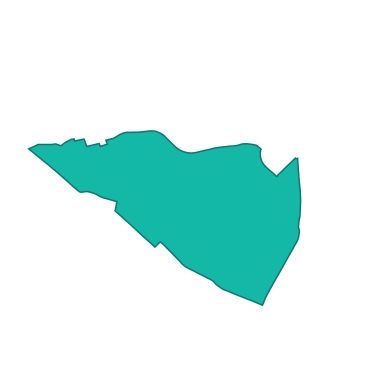 Madinat Nasr-2, Al Qahirah, Egypt (Natural Earth projection), rotated 143°
{"feature_id": "37247803B60267904610722", "entity_name": "Madinat Nasr-2", "entity_type": "district", "adm_level": 2, "iso_a3": "EGY", "parent_name": "Egypt", "parent_adm1": "Al Qahirah", "projection": "natural_earth1", "projection_center": [31.315, 30.048], "detail": "fine", "context": "isolated", "style": "filled", "palette": "teal", "viewbox_px": 384, "rotation_deg": 143, "n_neighbors": 0, "source": "geoboundaries", "source_scale": "gbopen_adm2", "svg_char_len": 5961}
<svg xmlns="http://www.w3.org/2000/svg" viewBox="0 0 384 384"><g transform="rotate(143 192 192)"><path d="M296.5,324.8L290.3,299.5L287.8,288.6L287.1,285.2L286.2,281.0L285.5,277.4L284.4,271.9L283.7,267.7L283.5,267.2L283.3,266.2L283.2,265.7L283.1,265.3L283.0,264.9L282.9,264.4L282.8,264.0L282.6,263.1L282.2,261.4L281.9,260.5L281.9,260.2L281.7,259.9L281.6,259.7L281.4,259.3L281.2,259.1L280.9,258.8L280.7,258.7L280.3,258.4L280.1,258.2L279.8,258.0L279.5,257.8L279.3,257.7L279.1,257.6L278.9,257.5L278.7,257.4L278.2,257.1L277.9,257.0L277.6,256.8L277.3,256.6L276.9,256.4L276.5,256.1L276.1,255.9L275.9,255.8L275.7,255.6L275.5,255.4L275.2,255.2L274.7,254.7L274.5,254.4L274.3,254.3L274.1,254.0L273.9,253.8L273.7,253.5L273.5,253.3L273.3,252.9L273.0,252.6L272.8,252.3L272.5,251.9L271.5,250.5L271.2,250.1L270.9,249.6L270.7,249.3L270.4,248.8L270.0,248.1L269.7,247.4L269.1,245.8L268.4,244.3L267.8,243.1L267.4,242.4L266.9,241.6L266.6,241.3L266.5,241.0L266.3,240.7L266.1,240.4L265.2,239.3L264.4,238.2L263.5,237.1L262.7,236.0L260.4,233.0L257.7,229.5L263.1,224.7L264.8,223.2L264.7,222.8L264.6,222.5L264.6,222.2L264.5,221.9L264.4,221.6L264.3,221.3L264.3,220.9L264.2,220.5L264.1,219.9L263.9,219.3L263.8,218.7L263.7,218.2L263.0,214.3L262.3,210.5L262.1,209.5L261.9,208.5L261.3,205.5L260.7,202.3L259.4,195.2L257.8,185.9L256.5,179.6L256.2,178.2L255.7,175.7L254.8,170.3L247.4,171.3L247.3,171.0L247.3,170.7L247.2,170.3L247.1,170.0L247.1,169.7L247.0,169.4L246.9,169.1L246.8,168.8L246.7,168.4L246.6,168.1L246.5,167.7L243.3,142.7L243.3,142.0L243.2,140.9L243.0,139.8L243.0,139.5L243.0,139.2L242.9,138.9L242.8,138.6L242.8,138.3L242.7,138.1L242.6,137.8L242.5,137.3L242.4,137.0L242.3,136.6L242.2,136.3L242.1,136.0L241.9,135.7L241.8,135.3L241.7,135.0L241.5,134.7L241.3,134.2L236.2,123.8L230.0,111.2L229.9,110.9L229.7,110.5L229.5,110.2L229.4,109.9L229.3,109.6L229.2,109.3L229.0,108.9L228.9,108.6L228.9,108.4L228.8,108.1L228.7,107.8L228.7,107.4L228.6,107.1L228.6,106.9L228.5,105.1L228.6,104.9L228.5,104.6L228.5,104.4L228.4,104.1L228.3,103.6L228.2,103.3L228.2,103.0L228.1,102.7L228.0,102.4L227.9,102.1L227.6,101.1L227.3,100.1L227.0,99.1L226.7,98.2L226.3,97.2L226.0,96.3L225.9,95.9L225.7,95.5L225.6,95.3L225.5,95.1L225.3,94.8L225.2,94.6L225.0,94.3L223.9,92.5L222.8,90.7L221.7,88.9L220.4,86.7L219.3,84.8L218.4,83.3L218.3,83.2L217.7,82.2L217.2,81.3L216.6,80.4L216.1,79.6L215.6,78.7L215.1,77.9L214.5,77.0L213.7,75.7L212.9,74.3L211.8,72.5L210.7,70.8L208.4,66.9L206.8,64.2L205.3,61.7L203.8,59.2L203.2,59.5L202.1,60.1L200.4,61.2L197.8,62.8L195.1,64.2L192.0,65.7L190.4,66.4L189.4,66.9L188.6,67.3L187.5,67.7L186.4,68.2L184.2,69.1L183.2,69.6L182.2,70.1L181.1,70.6L180.1,71.0L178.7,71.6L177.4,72.2L174.6,73.3L173.4,73.8L172.2,74.3L170.0,75.3L165.1,77.4L164.7,77.6L155.8,81.5L146.2,85.7L137.6,89.5L136.7,90.0L135.8,90.5L134.2,91.8L132.2,93.6L130.9,94.9L129.9,96.0L129.4,96.9L129.0,97.7L128.9,98.1L128.6,98.8L128.3,99.6L127.4,100.7L124.1,104.4L122.3,106.1L121.2,106.8L114.7,114.5L110.2,120.0L105.1,127.5L100.0,135.9L93.8,145.6L91.5,149.1L87.5,155.3L87.8,155.3L89.0,156.0L89.0,156.8L99.4,155.6L113.7,153.8L114.1,153.4L115.0,153.2L115.3,154.8L115.8,157.6L116.2,159.3L117.1,163.6L117.6,166.1L117.9,168.2L118.1,170.8L118.0,172.7L117.8,174.4L117.5,175.5L116.7,177.8L115.7,179.6L114.3,181.6L112.8,183.4L111.1,184.6L111.4,186.2L111.8,188.3L112.4,190.3L113.7,192.1L116.1,194.6L118.6,197.0L121.8,199.4L123.4,200.3L125.4,201.0L127.0,201.6L129.0,202.6L132.0,204.3L133.5,205.4L139.1,208.8L143.2,211.1L147.2,213.3L147.9,213.6L148.6,214.0L151.9,215.3L155.4,216.8L157.7,218.0L158.9,218.5L159.9,218.9L161.0,219.4L162.2,219.9L163.3,220.4L164.5,220.8L164.7,221.0L165.1,221.2L165.3,221.2L165.7,221.5L166.1,221.7L166.8,222.1L167.5,222.5L167.8,222.7L168.1,222.8L168.3,223.0L168.6,223.1L168.8,223.3L169.0,223.4L169.2,223.6L169.3,223.7L169.5,223.8L170.0,224.3L170.4,224.6L170.8,225.0L171.3,225.2L171.4,225.5L171.6,225.6L171.7,225.8L171.8,225.9L172.0,226.1L172.4,226.6L172.6,226.9L173.0,227.3L173.3,227.8L173.7,228.2L173.9,228.5L174.1,228.8L174.4,229.2L174.6,229.5L174.8,229.7L174.9,230.0L175.1,230.2L175.3,230.6L175.5,231.0L175.8,231.4L176.0,231.8L176.3,232.4L176.4,232.8L176.6,233.1L176.8,233.7L176.9,234.0L177.0,234.2L177.1,234.5L177.3,235.0L177.4,235.4L177.5,235.7L177.6,236.1L177.7,236.6L177.8,237.0L177.9,237.3L178.0,237.7L178.2,239.0L178.4,240.3L178.7,241.6L178.9,242.9L179.1,244.2L179.3,245.6L179.5,246.9L179.7,248.3L179.8,249.4L180.0,250.6L180.1,251.7L180.3,252.9L180.3,253.2L180.4,253.4L180.4,253.6L180.5,253.8L180.5,254.1L180.6,254.3L180.7,254.5L180.9,255.4L181.1,255.8L181.2,256.2L181.3,256.5L181.6,257.3L181.8,257.7L182.0,258.2L182.2,258.6L182.4,258.9L182.5,259.2L182.7,259.4L182.8,259.7L183.2,260.4L183.4,260.7L183.7,261.1L183.9,261.4L184.1,261.7L184.4,262.0L184.6,262.3L184.7,262.5L184.9,262.8L185.2,263.0L185.4,263.3L185.6,263.5L185.8,263.6L185.9,263.8L186.1,263.9L186.3,264.1L186.8,264.5L187.3,264.9L187.8,265.3L188.4,265.7L189.4,266.4L190.0,266.8L190.5,267.1L191.5,267.7L192.6,268.3L193.6,268.9L194.6,269.5L196.9,270.9L199.2,272.3L199.9,272.8L201.8,274.3L202.4,274.6L202.9,275.0L203.4,275.4L203.9,275.7L204.4,276.1L204.9,276.4L205.3,276.7L205.9,277.2L206.6,277.7L207.0,278.0L207.3,278.3L207.6,278.5L207.9,278.7L208.3,278.9L208.6,279.1L208.9,279.2L209.1,279.4L209.3,279.5L209.6,279.6L209.8,279.7L210.1,279.8L210.7,280.1L211.1,280.3L211.5,280.4L211.8,280.5L212.0,280.6L212.4,280.7L212.8,280.8L213.0,280.9L213.4,280.9L213.9,281.0L214.3,281.1L214.7,281.2L215.2,281.3L216.3,281.4L216.9,281.5L218.2,281.6L219.2,281.7L219.7,281.8L220.1,281.8L220.5,281.9L221.0,281.9L221.4,282.0L222.1,282.1L222.9,282.3L223.1,282.4L223.3,282.5L223.6,282.6L223.8,282.7L224.0,282.8L229.6,285.2L230.8,281.2L237.8,283.6L237.0,286.6L248.7,291.7L246.3,299.1L248.2,300.2L252.3,302.1L255.1,303.3L254.2,305.3L256.6,306.7L262.9,307.8L265.7,307.8L267.6,307.8L268.4,307.9L269.2,308.3L270.6,310.5L272.0,312.4L273.0,313.1L275.0,314.0L286.2,322.5L287.0,322.9L287.7,322.7L288.3,322.9L296.5,324.8Z" fill="#14b8a6" stroke="#0f766e" stroke-width="1.5"/></g></svg>